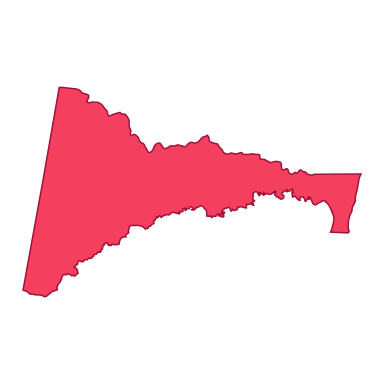 the district of Santo Antônio do Içá, Amazonas, Brazil
{"feature_id": "56859067B66310767394995", "entity_name": "Santo Antônio do Içá", "entity_type": "district", "adm_level": 2, "iso_a3": "BRA", "parent_name": "Brazil", "parent_adm1": "Amazonas", "projection": "albers", "projection_center": [-68.777, -3.083], "detail": "fine", "context": "isolated", "style": "filled", "palette": "rose", "viewbox_px": 384, "rotation_deg": 0, "n_neighbors": 0, "source": "geoboundaries", "source_scale": "gbopen_adm2", "svg_char_len": 6040}
<svg xmlns="http://www.w3.org/2000/svg" viewBox="0 0 384 384"><path d="M348.1,232.9L349.1,231.6L348.1,227.5L348.6,220.2L349.6,216.2L352.0,210.7L352.0,209.2L352.7,206.6L355.0,202.1L355.3,200.8L355.4,196.6L357.3,189.0L359.2,178.1L361.0,174.0L313.9,174.3L312.7,175.1L311.4,175.1L308.3,174.5L306.8,173.8L306.1,172.4L304.5,171.8L303.3,171.9L301.1,170.0L299.4,170.3L297.8,172.8L296.3,173.1L295.3,172.3L292.5,174.0L291.1,174.1L289.7,173.6L288.7,172.3L288.4,170.7L287.5,169.0L286.1,168.7L284.5,169.7L282.7,169.9L281.9,169.1L281.5,167.7L281.3,163.6L280.1,162.0L276.0,161.3L271.2,162.5L269.9,162.4L264.4,159.4L261.1,159.2L259.8,158.5L259.8,155.2L258.9,154.4L257.2,154.5L251.8,153.8L249.1,154.4L244.6,154.5L242.9,154.1L241.9,152.7L240.5,152.6L237.3,153.8L234.3,153.8L231.5,153.0L230.2,153.2L228.7,154.1L227.3,154.2L224.6,153.3L223.3,152.3L222.1,149.7L219.1,146.8L217.7,144.1L212.0,142.6L210.4,142.0L209.3,140.8L208.9,137.8L208.4,136.5L207.1,135.2L206.0,136.1L203.2,137.0L201.6,138.1L199.0,141.2L197.3,142.4L195.3,143.0L193.5,143.0L191.9,142.3L190.4,142.4L189.0,143.2L187.4,144.5L186.1,146.2L184.8,146.9L183.5,146.7L182.4,145.8L179.7,145.5L178.5,144.9L177.1,145.0L173.9,146.2L172.3,145.8L170.9,145.9L169.5,146.3L168.6,147.4L167.1,147.8L165.9,148.6L164.5,148.6L163.3,147.8L161.0,144.3L160.1,143.4L158.8,142.9L156.8,143.6L155.2,144.9L154.1,146.4L152.8,150.1L151.4,151.6L149.6,152.6L149.0,152.4L148.1,152.1L146.6,149.0L144.9,146.7L144.4,144.9L143.5,143.8L139.9,141.8L138.2,137.4L136.1,135.3L134.3,134.3L130.7,135.5L130.2,134.0L130.9,130.7L129.2,126.6L129.1,120.4L127.7,117.4L125.6,114.6L123.8,113.9L121.7,114.4L120.0,112.4L113.8,114.1L110.4,115.7L108.7,116.0L107.5,113.8L107.4,111.7L106.3,110.1L104.9,108.9L102.7,105.6L101.0,104.0L97.9,102.3L91.6,102.1L89.6,102.8L87.1,102.3L87.2,100.3L88.5,98.1L88.8,95.8L87.8,94.6L82.5,93.1L79.8,90.3L76.6,89.0L62.1,87.4L59.2,87.5L43.3,178.6L23.0,290.2L27.2,291.5L29.7,294.0L33.2,294.2L34.3,294.7L41.0,295.1L42.8,295.7L44.0,296.6L46.2,296.5L52.2,291.4L55.7,290.5L56.9,290.0L57.3,289.4L57.0,287.2L57.5,285.4L60.7,281.2L60.7,280.5L61.6,278.9L61.6,277.6L62.0,277.3L62.1,276.6L63.2,274.7L64.3,274.5L65.8,274.9L66.4,274.8L67.4,274.0L68.7,273.9L69.7,274.6L70.9,275.0L71.9,275.9L73.0,275.4L74.9,276.1L76.0,274.8L78.1,273.1L77.5,271.8L77.7,270.9L77.2,270.6L76.7,268.6L75.6,268.0L74.4,267.8L74.0,267.3L74.0,266.7L75.3,266.3L76.4,264.7L77.5,264.4L77.7,263.9L77.5,263.2L79.0,260.6L80.3,261.0L81.1,261.7L82.1,261.5L82.6,261.8L83.7,261.3L84.0,260.3L84.6,259.9L86.0,259.6L87.3,259.8L88.6,258.3L90.8,258.3L92.2,257.6L92.7,257.0L92.6,256.4L93.8,256.0L94.0,254.7L94.3,254.4L96.6,254.1L97.6,252.2L99.0,252.3L99.4,251.8L99.9,252.3L100.4,252.1L100.9,251.6L101.1,249.8L102.3,249.1L102.5,248.6L103.1,245.1L103.6,244.5L104.1,244.9L105.0,243.2L105.7,242.8L106.5,242.6L107.2,242.8L107.3,244.1L107.8,244.2L108.5,245.1L109.7,245.6L110.0,245.2L110.5,245.1L111.3,245.3L111.5,244.7L112.7,244.3L114.3,244.8L115.8,244.4L116.9,244.8L117.5,244.7L118.4,243.7L119.1,244.0L119.7,240.8L120.9,238.5L122.9,237.1L125.9,236.8L125.5,236.4L125.6,235.9L126.8,234.0L128.4,233.1L128.7,232.4L128.4,231.7L129.3,226.8L130.9,225.5L133.9,225.4L134.6,225.7L136.2,225.3L139.9,225.7L143.0,226.8L145.5,229.1L145.8,228.7L147.9,228.3L148.6,226.7L150.4,226.1L152.0,224.3L153.6,223.8L154.0,223.0L153.5,220.8L155.1,220.2L156.5,216.9L157.0,217.0L157.4,217.7L158.1,217.4L158.2,216.7L159.2,215.7L159.6,215.7L160.2,216.2L160.4,216.8L161.4,217.4L162.2,216.4L164.9,215.2L166.3,214.8L167.8,214.7L168.9,214.9L169.7,214.7L170.3,213.5L170.9,213.1L173.6,212.2L175.5,213.0L179.1,213.9L179.7,213.5L179.5,212.7L178.8,212.1L179.5,211.6L180.1,212.0L181.3,212.0L183.1,211.0L182.5,210.0L182.9,208.7L183.5,208.6L184.0,208.9L184.6,208.9L184.6,208.4L185.7,208.1L186.0,208.6L185.1,210.2L185.6,210.5L186.7,209.2L187.2,208.8L189.2,208.6L189.3,207.7L189.9,207.1L190.6,206.6L191.3,206.6L192.9,208.3L192.8,209.0L191.6,209.7L192.3,210.0L193.9,210.0L195.0,209.4L195.1,208.2L196.2,208.0L200.8,205.7L203.1,206.5L204.1,208.3L206.1,210.2L206.6,211.2L206.7,216.0L208.9,216.4L210.7,216.0L211.3,216.1L211.3,217.0L211.7,217.6L213.1,216.3L213.8,216.1L215.2,216.5L216.0,216.2L216.3,214.7L218.7,214.0L219.1,214.1L219.3,214.6L218.4,215.7L220.2,216.2L222.0,217.0L223.2,217.0L223.9,216.2L223.5,214.4L221.1,214.6L221.3,213.7L222.3,212.8L224.5,213.1L224.6,212.6L224.2,212.1L223.1,211.9L222.1,212.2L221.8,211.7L222.9,209.8L223.9,209.4L224.9,208.2L226.8,208.2L228.0,207.3L229.1,207.4L230.4,209.3L230.7,210.8L231.1,211.1L231.6,210.8L232.4,209.4L233.8,210.5L236.3,210.0L237.1,209.4L237.7,208.4L237.8,207.3L238.2,207.0L239.5,207.1L241.5,206.6L243.2,207.4L246.3,208.0L246.6,204.5L247.1,204.2L247.6,204.6L249.5,204.1L251.2,204.1L251.2,202.9L251.7,202.7L252.7,205.0L253.2,205.4L253.7,205.3L253.2,204.3L252.9,201.3L253.1,200.9L254.4,201.1L254.5,200.5L253.3,200.1L253.1,199.7L252.8,197.6L253.3,196.3L253.1,193.5L254.3,192.2L255.9,191.6L257.2,192.1L259.1,195.7L259.6,195.4L260.3,194.2L259.4,193.2L259.3,192.6L260.0,192.5L260.4,193.2L261.1,193.6L261.8,193.6L263.3,195.1L263.9,195.2L264.0,194.7L263.6,194.4L263.8,192.8L265.2,194.2L266.3,193.4L268.1,194.1L270.7,194.3L272.1,193.5L274.3,191.2L274.9,191.1L275.7,191.5L276.0,192.1L274.2,193.1L274.9,195.1L276.2,195.8L276.4,196.9L278.3,196.9L279.0,198.1L280.9,199.2L283.1,198.5L283.9,197.0L283.8,195.7L282.1,194.3L281.9,192.8L287.2,189.7L287.6,190.2L286.6,190.6L286.5,191.4L286.9,191.7L287.5,191.6L288.3,190.8L289.5,191.2L292.1,189.0L292.7,189.2L292.9,189.6L292.9,190.3L292.2,191.3L293.1,192.4L292.0,192.5L292.4,196.6L292.6,197.1L293.2,197.0L293.4,196.6L295.2,196.3L297.9,199.6L299.8,200.5L300.2,200.0L299.8,198.7L300.1,197.7L301.0,197.0L303.0,196.8L303.5,197.7L304.7,198.9L305.1,201.3L305.6,201.3L307.3,199.4L307.7,198.6L308.8,199.3L309.4,199.0L309.4,198.4L308.6,198.4L308.1,198.0L308.3,197.0L308.9,196.8L309.6,197.0L310.5,198.0L312.8,203.3L313.5,204.3L315.2,204.8L316.1,204.7L318.6,203.0L323.2,200.7L324.9,200.6L325.6,202.2L326.7,202.4L329.1,205.7L331.4,210.4L333.8,216.8L334.0,218.4L333.4,222.7L331.7,229.5L330.4,232.1L348.1,232.9Z" fill="#f43f5e" stroke="#9f1239" stroke-width="1.5"/></svg>